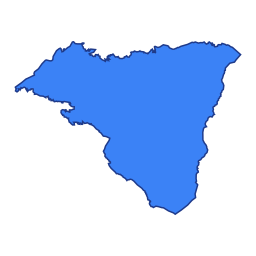 Bethlehem, West Bank, Palestine (Mercator projection)
{"feature_id": "87354302B24436251599031", "entity_name": "Bethlehem", "entity_type": "district", "adm_level": 2, "iso_a3": "PSE", "parent_name": "Palestine", "parent_adm1": "West Bank", "projection": "mercator", "projection_center": [35.239, 31.604], "detail": "fine", "context": "isolated", "style": "filled", "palette": "blue", "viewbox_px": 256, "rotation_deg": 0, "n_neighbors": 0, "source": "geoboundaries", "source_scale": "gbopen_adm2", "svg_char_len": 5648}
<svg xmlns="http://www.w3.org/2000/svg" viewBox="0 0 256 256"><path d="M119.5,58.4L118.2,56.6L117.7,57.1L117.3,56.8L115.3,57.0L113.1,54.1L112.6,54.2L112.2,54.9L111.5,55.1L111.2,54.7L110.4,54.8L110.2,55.8L109.5,55.4L108.7,55.5L108.8,56.5L107.8,56.2L107.2,56.9L107.5,57.7L106.9,57.6L108.7,58.4L109.5,59.2L108.9,59.2L108.3,58.4L108.5,59.8L107.5,58.7L107.5,59.7L106.9,58.8L106.4,59.8L105.0,59.1L105.6,61.0L105.3,61.4L104.6,60.8L102.2,59.8L99.9,57.9L100.0,56.3L98.9,56.0L98.2,54.5L97.2,55.1L96.8,54.7L95.5,54.6L95.2,56.4L94.3,56.1L93.8,56.6L92.7,56.2L91.8,54.9L90.3,55.2L90.4,54.4L89.3,54.1L89.2,53.8L93.7,52.2L95.5,49.6L90.7,49.1L89.9,49.5L90.4,49.7L89.1,51.2L88.3,50.8L88.4,49.4L87.7,50.0L87.8,50.7L86.9,50.7L86.3,51.1L86.0,50.7L85.4,50.8L85.4,49.3L84.0,48.9L83.2,47.9L83.3,47.2L82.2,45.7L82.0,44.2L82.5,44.1L82.4,43.7L83.5,43.9L83.9,43.4L83.8,43.0L82.4,43.0L81.0,43.9L77.5,43.9L75.2,43.6L73.6,41.8L72.4,42.0L69.9,46.4L67.8,47.5L64.9,49.9L64.3,48.9L63.9,48.9L63.4,49.6L63.7,49.7L63.7,51.0L62.9,51.6L61.9,51.7L62.0,51.1L61.2,49.8L61.1,48.9L60.3,48.2L59.1,48.7L56.5,50.7L53.2,56.4L52.8,59.7L51.7,60.7L50.1,60.9L46.3,60.0L45.4,60.3L42.0,63.8L38.5,68.8L34.6,71.8L34.0,73.3L34.4,75.1L25.9,79.1L21.7,82.6L15.4,87.1L15.4,87.6L16.2,88.7L15.5,90.9L17.0,91.9L18.3,90.9L18.9,89.6L18.5,88.9L19.9,89.0L20.2,89.8L20.8,88.8L21.0,87.7L22.1,88.2L24.1,87.2L25.2,87.6L25.8,88.6L26.9,88.5L27.1,89.6L26.3,89.7L27.5,91.6L28.7,90.1L30.6,89.9L31.1,89.5L31.1,88.9L33.0,88.9L33.2,89.6L33.1,91.7L33.4,92.2L34.7,93.2L34.5,94.3L36.6,94.1L40.0,95.9L43.3,96.2L45.7,97.6L45.7,97.0L48.0,96.4L47.8,97.1L48.6,97.6L48.6,98.6L49.0,99.6L49.4,99.8L50.1,98.8L51.0,99.4L51.0,100.6L52.1,100.6L52.4,100.3L52.9,100.6L53.2,99.9L54.3,101.7L56.7,101.2L57.3,101.6L58.6,101.4L62.3,101.8L61.8,102.7L62.2,102.9L62.9,102.8L63.1,101.8L64.1,101.5L70.0,102.5L70.6,103.7L69.4,104.0L69.6,104.2L69.5,104.5L71.2,106.2L72.7,106.8L74.2,106.8L74.1,109.2L72.6,109.4L71.7,110.0L69.6,109.9L69.9,111.9L69.4,112.0L67.8,111.0L68.1,111.5L67.4,111.2L66.1,111.3L66.1,109.9L65.8,109.7L65.3,109.9L65.2,111.1L64.4,110.0L62.4,109.7L61.2,110.6L61.0,112.5L61.6,113.8L62.2,114.5L62.7,114.6L62.7,115.4L63.8,115.4L64.0,116.2L64.6,116.8L64.5,117.0L66.2,117.2L67.2,118.2L68.5,118.3L68.2,119.0L68.7,119.9L69.2,122.0L70.7,123.0L70.8,123.4L72.5,124.9L74.4,124.9L74.2,123.8L74.4,123.1L73.7,122.3L76.3,122.2L78.0,122.5L77.6,122.8L77.4,123.3L78.1,124.0L79.8,124.3L79.6,123.5L80.2,123.1L81.0,123.2L81.7,123.8L81.6,124.3L82.2,124.4L82.7,124.1L82.6,121.5L84.6,123.4L86.4,123.1L87.1,122.6L89.9,124.3L90.1,123.7L90.7,123.9L90.8,124.2L91.3,123.9L91.6,124.8L93.7,126.0L96.2,128.9L99.2,130.8L98.9,131.2L99.1,131.7L101.1,133.1L103.3,136.1L106.1,136.5L109.8,138.2L109.2,140.3L105.5,146.1L104.5,149.3L103.4,151.2L104.5,153.6L105.2,154.2L104.9,156.1L105.1,156.6L105.7,156.9L105.9,157.7L107.2,158.4L107.6,159.3L108.5,159.8L109.2,161.3L109.7,161.3L110.4,162.0L110.4,163.0L108.5,163.5L109.2,165.6L111.1,168.3L115.4,172.3L116.4,173.7L117.8,173.6L119.2,174.5L120.1,174.3L120.9,174.7L121.2,175.4L122.7,176.1L123.0,177.0L125.5,178.5L126.9,180.5L127.4,179.9L129.3,179.7L130.1,179.2L131.9,179.6L134.0,181.2L137.3,184.8L141.8,188.2L143.6,190.4L144.8,190.9L145.1,192.3L145.6,192.4L145.7,192.7L145.7,193.8L146.6,194.3L146.6,195.4L147.6,197.6L147.6,198.7L147.9,199.8L148.8,199.8L149.1,200.4L150.4,201.1L150.5,201.7L149.6,202.1L149.7,202.9L149.4,203.6L149.8,204.8L150.2,205.0L151.0,206.5L152.5,206.7L153.3,207.5L155.9,206.2L158.3,206.6L161.7,207.6L163.5,207.8L168.5,210.9L173.5,212.9L175.2,214.2L181.2,210.1L187.7,205.0L191.9,200.4L195.6,197.6L195.1,194.0L197.7,184.8L195.6,182.3L196.5,181.3L196.1,178.7L196.2,174.6L196.7,173.3L198.3,172.1L198.1,170.9L197.6,170.4L197.1,169.0L197.9,168.4L197.1,167.4L197.4,166.2L198.7,164.8L198.6,163.3L199.0,162.8L198.3,162.0L198.3,161.5L198.7,160.7L200.7,159.7L202.1,157.7L203.6,156.9L204.7,155.7L205.0,154.4L207.0,152.5L207.7,149.9L206.8,148.0L206.7,146.6L206.0,145.0L204.4,143.0L202.9,140.0L202.8,132.3L203.5,128.6L204.4,127.4L206.5,126.7L205.4,125.0L205.2,123.7L206.1,121.5L207.6,120.2L208.0,118.2L209.5,116.7L210.7,116.6L212.1,117.0L213.3,115.0L214.4,114.4L213.9,113.9L213.6,112.4L212.8,111.0L213.4,109.8L213.0,107.5L213.4,106.7L214.6,106.3L215.1,105.2L216.6,104.7L217.2,103.8L217.1,101.9L218.0,100.4L218.5,100.1L218.5,98.8L219.5,98.0L219.6,97.0L220.9,96.2L220.7,95.3L221.0,94.8L220.6,94.1L220.6,93.4L221.6,92.4L222.1,90.5L223.3,89.5L223.8,85.5L223.0,83.2L222.1,82.1L221.6,79.7L222.4,78.4L223.6,74.3L224.2,73.5L224.5,72.5L224.6,70.5L225.3,70.3L225.4,68.0L229.8,63.2L234.5,62.1L236.1,59.8L240.6,54.6L232.5,47.4L230.4,46.6L229.3,45.6L227.7,44.9L226.6,45.2L225.0,44.3L222.0,43.4L221.3,44.7L218.3,44.7L217.6,45.5L217.5,46.3L214.8,46.8L214.3,46.4L214.4,44.9L213.7,44.4L212.7,45.4L212.1,45.4L211.8,44.7L212.3,43.6L212.3,43.1L212.0,43.0L211.0,43.6L209.5,42.0L208.4,42.4L208.2,43.4L207.3,43.6L206.7,44.1L205.7,43.6L204.2,42.0L202.4,42.7L200.6,42.6L198.5,43.1L195.3,42.0L193.7,42.6L192.1,42.3L187.5,44.4L180.9,46.3L178.5,47.6L177.5,47.5L176.1,48.5L175.8,48.4L174.0,49.2L172.7,49.2L170.0,48.1L169.3,47.7L168.5,46.2L167.5,45.7L163.3,44.8L159.8,47.0L157.9,47.5L155.1,46.4L154.5,46.6L154.5,47.5L155.3,49.6L154.9,49.8L155.3,50.9L153.9,50.9L155.9,52.9L154.5,52.3L152.8,52.4L153.0,51.9L152.8,51.2L153.0,50.6L152.5,49.2L152.1,49.6L151.7,49.5L151.4,50.0L151.1,49.9L150.8,50.6L148.0,53.6L147.8,53.1L146.8,53.3L145.5,53.0L144.8,52.5L143.9,52.7L143.8,51.9L140.2,51.4L139.9,50.9L139.0,51.5L136.8,51.9L134.5,51.1L134.3,51.5L133.8,51.5L133.6,51.9L131.2,52.1L130.8,52.5L131.3,53.2L131.1,54.8L129.7,56.0L129.3,57.0L127.9,57.1L126.2,55.4L126.5,56.4L124.4,56.9L124.4,57.7L122.2,58.6L119.5,58.4Z" fill="#3b82f6" stroke="#1e3a8a" stroke-width="1.5"/></svg>